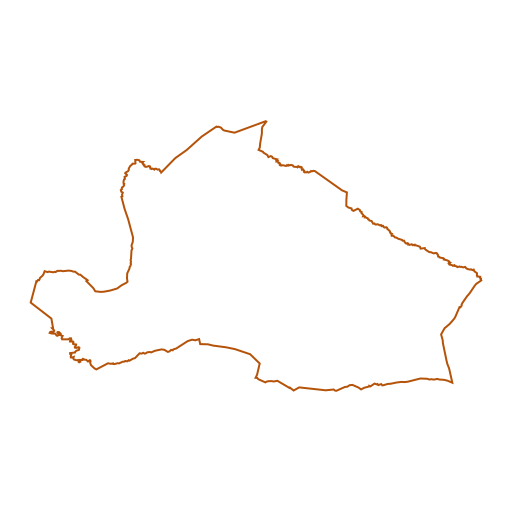 Vaals, Netherlands
{"feature_id": "6326949B17278408062250", "entity_name": "Vaals", "entity_type": "district", "adm_level": 2, "iso_a3": "NLD", "parent_name": "Netherlands", "parent_adm1": "", "projection": "equal_earth", "projection_center": [5.971, 50.778], "detail": "fine", "context": "isolated", "style": "outline", "palette": "amber", "viewbox_px": 512, "rotation_deg": 0, "n_neighbors": 0, "source": "geoboundaries", "source_scale": "gbopen_adm2", "svg_char_len": 6008}
<svg xmlns="http://www.w3.org/2000/svg" viewBox="0 0 512 512"><path d="M94.5,368.4L96.3,369.4L108.0,363.3L110.6,363.8L112.6,363.5L112.5,363.8L114.4,364.1L117.7,363.2L119.0,363.4L122.5,361.8L124.8,361.5L125.2,361.0L127.4,361.3L128.7,360.2L129.5,360.7L132.7,358.8L135.0,358.1L139.6,353.3L141.7,353.6L143.3,352.8L144.6,353.6L145.7,353.4L147.3,352.3L149.8,352.0L151.2,352.4L154.9,350.8L161.5,349.4L164.3,349.8L167.8,351.9L169.3,351.5L171.1,349.9L172.7,350.3L173.3,349.4L176.2,348.5L187.7,341.1L192.1,339.7L195.4,340.3L199.1,339.1L200.2,344.1L207.9,344.3L213.2,345.6L226.1,347.3L234.9,349.1L250.1,354.2L259.7,363.5L257.1,374.6L255.6,377.8L257.2,377.9L258.3,379.2L265.4,382.4L266.6,381.6L268.6,381.2L271.7,381.1L273.7,381.5L277.4,380.8L289.6,388.0L289.9,387.6L293.6,390.5L299.2,387.4L325.7,390.3L333.6,389.5L335.1,390.6L336.3,390.8L345.1,386.9L347.4,386.7L349.6,385.2L352.4,384.9L358.4,387.5L361.1,389.4L364.1,387.8L369.0,386.5L369.2,385.8L370.4,386.4L374.5,383.6L376.8,384.4L377.5,384.0L378.3,385.1L381.2,384.1L382.2,385.3L383.1,385.3L387.9,383.9L390.4,383.8L396.1,382.6L401.3,381.9L404.6,382.1L407.8,381.7L420.4,378.5L427.4,378.8L429.3,379.5L431.2,379.2L433.9,379.6L437.4,378.9L439.1,379.5L443.8,379.8L447.3,380.6L452.3,382.7L449.1,368.4L447.4,364.1L446.6,361.0L442.9,343.1L442.7,340.2L441.1,334.4L444.6,328.2L449.5,324.1L453.9,319.1L455.1,317.3L459.5,307.1L460.3,307.4L461.1,306.5L461.7,305.4L461.6,304.5L462.5,302.8L467.0,296.3L469.6,293.3L474.6,285.9L476.2,283.9L481.3,280.4L480.9,279.4L481.0,278.7L480.4,278.6L480.5,278.2L479.9,277.4L480.1,276.8L477.3,276.5L477.3,275.7L476.9,275.5L477.0,273.2L474.3,271.2L473.7,269.6L472.5,270.1L470.9,269.3L470.2,269.6L468.1,269.2L466.5,268.5L465.1,266.9L463.3,267.4L461.3,266.8L460.2,266.9L459.6,266.5L457.3,267.1L456.7,266.3L454.4,265.9L454.3,265.2L452.8,265.8L452.0,265.1L449.4,264.6L448.9,263.8L449.5,263.7L450.3,262.6L448.9,262.1L449.0,261.3L447.1,260.3L443.9,259.5L444.2,258.9L443.4,258.2L440.1,257.6L439.5,257.4L439.3,256.8L438.1,256.5L437.8,254.5L437.3,254.3L437.0,253.4L436.0,252.9L433.7,253.4L430.9,252.2L429.3,252.1L425.6,249.7L424.7,248.6L424.7,248.1L420.6,248.6L419.9,246.7L415.9,245.3L414.8,245.3L414.7,244.7L412.7,245.2L411.8,244.3L409.3,244.9L408.8,244.4L408.2,244.5L408.2,243.5L407.3,243.1L406.4,243.6L405.9,243.4L404.8,242.3L404.1,240.7L402.5,240.7L402.0,239.9L398.1,238.7L396.4,237.6L395.1,237.5L393.3,235.7L391.7,235.8L391.5,234.4L391.9,233.8L390.6,233.3L390.5,232.6L389.9,232.0L389.9,231.3L388.2,229.5L387.5,229.3L387.1,227.8L386.1,227.2L384.9,227.6L383.9,227.2L383.1,225.9L381.9,226.3L381.4,225.9L381.9,225.6L381.0,225.0L379.7,225.3L377.6,224.2L375.9,224.6L375.0,224.2L374.5,223.5L373.1,223.7L371.6,221.0L369.4,220.5L368.7,219.4L368.1,219.3L367.8,218.4L365.7,217.4L364.9,217.4L365.1,216.6L364.2,216.0L363.2,216.2L363.5,215.5L363.2,214.9L361.5,213.1L361.7,212.1L360.2,211.4L359.9,210.1L357.8,208.7L353.4,210.9L351.8,209.8L351.5,208.4L348.3,207.5L346.3,205.9L346.4,199.6L346.9,192.4L342.1,190.4L314.9,171.1L313.4,170.8L311.8,171.4L311.0,171.0L309.8,172.1L308.5,172.5L307.3,171.8L306.9,172.3L304.5,172.3L303.9,171.8L304.3,171.0L303.0,169.3L302.0,169.8L301.3,167.8L301.7,167.3L301.2,167.0L299.8,166.7L299.3,167.1L298.2,166.2L297.4,167.3L296.8,166.9L295.1,166.9L293.4,166.5L292.8,165.4L291.1,164.9L289.7,165.4L288.8,164.9L288.0,165.7L287.1,165.0L286.0,166.0L283.0,165.2L281.2,165.6L280.0,165.2L279.7,164.9L280.4,164.2L279.4,162.8L278.4,162.9L277.7,161.5L277.0,161.5L277.5,160.8L276.2,160.6L276.2,159.4L276.6,159.2L272.9,158.2L272.0,156.7L270.7,156.1L268.4,157.1L267.3,155.0L263.4,152.6L263.0,151.8L258.6,149.9L259.8,147.5L260.1,143.9L261.9,133.4L261.9,129.3L262.3,127.0L266.3,121.6L265.7,121.2L234.5,132.7L224.3,130.5L222.8,129.7L221.0,127.6L218.4,126.7L217.1,127.0L216.4,126.6L201.8,136.5L186.7,150.0L175.3,158.1L161.2,172.5L160.9,171.6L159.9,171.0L159.9,170.4L159.0,169.3L157.6,169.6L156.0,168.7L154.9,168.8L154.3,169.6L152.6,168.6L151.5,169.0L151.0,168.4L150.4,168.5L150.1,166.6L149.5,166.7L148.9,166.0L146.6,166.8L145.3,166.8L144.4,166.1L144.5,165.2L143.7,165.1L143.3,164.6L143.5,164.1L142.6,163.5L142.8,162.6L142.3,162.4L142.9,161.9L140.0,161.7L139.3,160.3L137.5,159.8L135.2,160.0L135.5,163.3L135.0,163.7L132.5,163.7L132.2,164.4L130.2,166.0L128.7,168.7L128.8,169.9L128.0,171.2L125.4,172.7L125.2,173.3L127.0,174.9L126.5,176.0L124.6,176.8L124.9,178.9L124.0,179.5L123.5,181.7L123.6,183.7L124.0,183.8L123.8,184.2L124.2,185.0L123.4,186.5L122.0,187.4L121.7,188.5L121.9,189.2L120.8,190.1L121.3,191.7L122.8,192.6L122.0,194.7L122.4,196.3L121.4,196.7L124.5,208.6L128.2,219.4L133.0,237.3L132.8,241.8L131.5,245.6L131.9,247.5L132.4,248.4L131.5,250.4L131.0,258.9L130.6,260.1L131.0,261.9L130.6,263.2L131.0,264.1L130.4,265.9L129.7,267.0L129.4,268.7L127.2,273.4L127.0,278.4L127.5,281.7L126.3,282.8L121.7,285.2L117.1,288.5L110.4,290.5L104.0,291.7L100.7,291.9L95.3,291.3L93.3,288.1L86.4,281.1L87.6,280.2L87.1,279.8L83.0,277.0L80.4,274.7L78.8,274.6L75.1,271.7L73.6,271.7L71.3,270.9L68.5,270.6L62.9,271.2L61.1,270.8L57.3,270.9L55.6,272.1L54.6,271.8L53.3,272.3L49.0,271.6L47.6,272.1L44.6,271.2L43.5,274.2L42.3,275.9L40.1,277.8L39.2,280.1L38.0,280.0L37.1,281.5L36.4,281.2L30.7,302.6L51.4,318.6L53.0,327.8L52.0,328.1L53.6,329.6L54.2,330.8L53.6,331.7L51.0,331.7L50.1,332.1L49.7,332.9L51.8,333.5L55.4,333.7L56.5,335.5L57.4,335.8L58.3,335.3L58.6,334.5L57.4,332.3L57.8,332.0L59.0,332.1L60.7,333.7L60.7,334.2L59.6,334.4L59.7,335.0L62.6,335.9L61.6,338.2L62.1,339.3L68.5,339.3L69.7,338.3L71.0,338.3L71.4,340.0L70.1,340.7L70.0,341.5L73.1,341.6L73.5,342.2L73.0,343.5L73.2,344.1L76.1,344.5L76.0,345.5L74.8,347.0L74.9,347.6L76.4,347.9L78.7,347.2L79.4,347.8L78.9,349.9L76.4,350.7L75.1,351.9L75.0,352.5L70.1,353.1L70.2,354.1L71.3,354.6L70.7,356.5L70.8,357.4L71.7,357.6L73.7,356.9L73.3,358.4L73.8,359.4L76.1,360.2L78.2,360.1L78.5,360.7L78.6,361.9L79.2,362.3L80.4,361.7L80.3,361.2L79.6,360.4L79.6,359.9L82.5,360.0L82.5,359.2L83.0,358.8L84.7,359.7L86.2,359.8L88.0,361.5L89.6,360.2L90.2,360.3L90.6,361.1L90.1,362.7L91.1,365.3L94.5,368.4Z" fill="none" stroke="#b45309" stroke-width="2"/></svg>